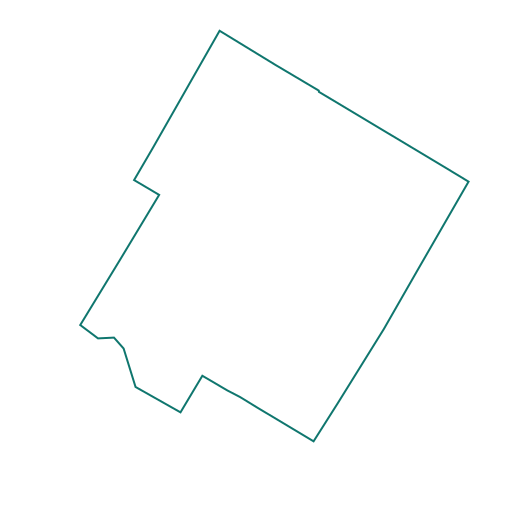 Morgan, Indiana, United States of America, rotated 301°
{"feature_id": "52423323B18184838722904", "entity_name": "Morgan", "entity_type": "district", "adm_level": 2, "iso_a3": "USA", "parent_name": "United States of America", "parent_adm1": "Indiana", "projection": "natural_earth1", "projection_center": [-86.497, 39.486], "detail": "fine", "context": "isolated", "style": "outline", "palette": "teal", "viewbox_px": 512, "rotation_deg": 301, "n_neighbors": 0, "source": "geoboundaries", "source_scale": "gbopen_adm2", "svg_char_len": 511}
<svg xmlns="http://www.w3.org/2000/svg" viewBox="0 0 512 512"><g transform="rotate(301 256 256)"><path d="M83.1,271.8L125.7,271.7L126.0,300.7L126.9,315.2L126.7,335.5L126.8,394.6L126.8,400.8L171.9,401.9L259.3,403.2L325.7,401.8L429.2,399.9L429.3,366.9L429.1,225.4L430.1,224.6L429.8,174.3L430.3,108.8L369.4,110.2L361.8,110.4L296.5,111.9L281.3,112.1L258.3,112.4L258.5,141.5L183.4,141.4L106.3,140.9L104.0,163.0L112.9,176.3L108.5,190.2L81.7,220.2L83.1,271.8Z" fill="none" stroke="#0f766e" stroke-width="2"/></g></svg>